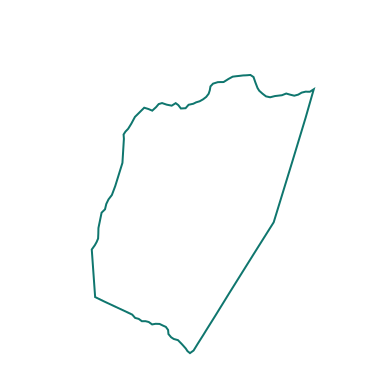 outline of Fátima, Bahia, Brazil, rotated 26°
{"feature_id": "56859067B62800644431285", "entity_name": "Fátima", "entity_type": "district", "adm_level": 2, "iso_a3": "BRA", "parent_name": "Brazil", "parent_adm1": "Bahia", "projection": "orthographic", "projection_center": [-38.212, -10.587], "detail": "fine", "context": "isolated", "style": "outline", "palette": "teal", "viewbox_px": 384, "rotation_deg": 26, "n_neighbors": 0, "source": "geoboundaries", "source_scale": "gbopen_adm2", "svg_char_len": 1358}
<svg xmlns="http://www.w3.org/2000/svg" viewBox="0 0 384 384"><g transform="rotate(26 192 192)"><path d="M260.8,337.7L262.9,333.8L263.7,325.7L264.9,314.9L265.3,310.7L267.2,292.9L268.2,282.8L268.7,277.9L269.8,266.7L274.6,221.2L278.7,183.4L268.8,120.5L261.6,75.7L256.4,46.3L254.0,50.2L250.0,52.1L247.0,54.6L244.8,57.9L241.7,60.6L237.5,61.5L233.5,62.2L230.4,65.6L224.5,69.4L220.7,72.6L216.6,73.6L212.2,72.7L208.0,71.5L205.3,69.8L200.8,65.6L196.9,61.7L193.2,61.2L190.0,63.1L186.7,64.9L184.1,66.6L180.6,68.8L178.0,70.5L175.3,74.3L172.2,79.3L167.1,81.9L163.4,85.4L162.3,89.0L163.4,92.8L163.9,96.4L163.1,100.3L161.3,103.9L159.1,107.1L156.4,109.6L154.5,112.1L150.7,115.1L149.5,119.5L145.4,121.8L141.6,119.9L138.4,119.3L135.9,123.3L130.9,124.6L126.1,125.2L123.5,127.6L122.5,131.5L120.6,136.3L116.5,136.5L112.1,137.2L107.8,149.5L107.5,157.3L106.9,163.2L105.7,166.9L105.3,170.3L107.5,174.1L116.7,196.3L120.4,220.3L121.3,229.8L120.2,235.2L120.2,240.3L121.4,245.7L119.8,250.2L123.7,265.4L126.1,270.6L128.0,275.0L128.2,278.8L128.0,282.4L127.1,287.6L151.0,328.9L160.5,328.9L192.0,328.4L196.1,330.1L199.7,329.4L203.6,330.1L206.8,328.5L210.1,327.8L214.2,328.5L217.1,326.4L220.7,324.8L224.5,324.8L227.6,324.7L231.0,326.5L233.1,330.0L236.9,331.7L240.0,332.1L244.3,331.3L249.9,333.3L255.0,335.4L257.7,337.0L260.8,337.7Z" fill="none" stroke="#0f766e" stroke-width="2"/></g></svg>